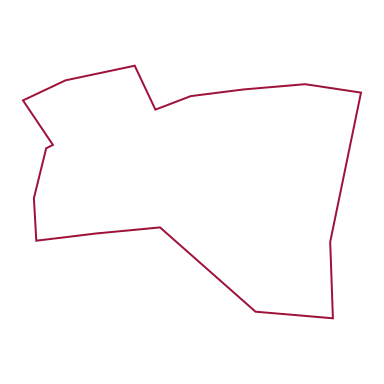 Almalik city, Tashkent, Uzbekistan
{"feature_id": "79887680B75027378773615", "entity_name": "Almalik city", "entity_type": "district", "adm_level": 2, "iso_a3": "UZB", "parent_name": "Uzbekistan", "parent_adm1": "Tashkent", "projection": "equal_earth", "projection_center": [69.57, 40.824], "detail": "fine", "context": "isolated", "style": "outline", "palette": "rose", "viewbox_px": 384, "rotation_deg": 0, "n_neighbors": 0, "source": "geoboundaries", "source_scale": "gbopen_adm2", "svg_char_len": 329}
<svg xmlns="http://www.w3.org/2000/svg" viewBox="0 0 384 384"><path d="M134.7,65.7L65.6,80.3L23.0,100.4L52.9,144.9L46.2,148.3L33.9,198.2L36.3,240.7L95.8,233.5L160.0,227.4L255.5,311.7L332.9,318.3L330.2,241.9L361.0,92.6L305.0,84.2L244.0,89.4L190.8,96.1L155.4,109.6L134.7,65.7Z" fill="none" stroke="#9f1239" stroke-width="2"/></svg>